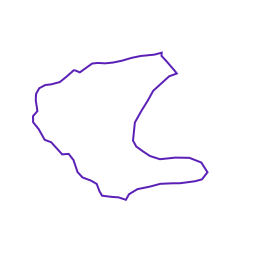 Uddevalla, Västra Götaland, Sweden (orthographic projection), rotated 232°
{"feature_id": "70781695B49447773116889", "entity_name": "Uddevalla", "entity_type": "district", "adm_level": 2, "iso_a3": "SWE", "parent_name": "Sweden", "parent_adm1": "Västra Götaland", "projection": "orthographic", "projection_center": [11.898, 58.309], "detail": "fine", "context": "isolated", "style": "outline", "palette": "violet", "viewbox_px": 256, "rotation_deg": 232, "n_neighbors": 0, "source": "geoboundaries", "source_scale": "gbopen_adm2", "svg_char_len": 935}
<svg xmlns="http://www.w3.org/2000/svg" viewBox="0 0 256 256"><g transform="rotate(232 128 128)"><path d="M166.6,200.9L169.6,193.9L176.9,182.4L181.1,173.9L184.7,164.8L188.9,156.3L193.1,149.7L197.9,144.2L200.9,139.4L201.5,124.3L206.9,121.2L206.9,121.3L206.9,121.2L206.3,111.0L206.2,102.5L209.8,94.1L212.8,89.3L214.0,82.6L211.5,76.6L206.7,72.4L201.3,69.4L197.1,67.0L195.8,60.4L193.6,58.8L191.0,56.8L182.0,56.9L170.0,55.1L164.0,58.7L147.7,59.9L146.3,62.1L144.1,65.3L136.3,65.3L124.3,61.1L117.1,61.7L109.2,66.5L103.2,68.9L95.4,66.5L90.6,65.9L84.0,72.5L79.1,77.9L72.7,82.1L75.2,88.0L74.0,97.8L68.5,108.8L64.1,119.1L57.5,128.4L52.5,134.9L44.8,148.0L42.0,154.6L44.2,163.4L55.7,164.5L66.7,158.0L75.5,147.1L83.7,134.0L92.5,128.0L100.7,125.3L108.4,123.1L115.0,124.2L128.1,136.8L133.6,150.0L137.4,160.4L141.8,170.8L143.4,192.2L140.9,200.0L144.8,200.0L157.5,199.4L164.2,198.8L166.6,200.9Z" fill="none" stroke="#5b21b6" stroke-width="2"/></g></svg>